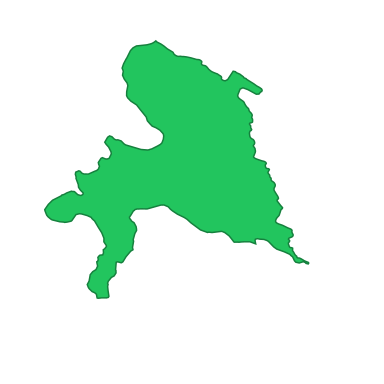 Pueblo Nuevo Viñas, Santa Rosa, Guatemala (Equal Earth projection), rotated 109°
{"feature_id": "79465075B34201935898883", "entity_name": "Pueblo Nuevo Viñas", "entity_type": "district", "adm_level": 2, "iso_a3": "GTM", "parent_name": "Guatemala", "parent_adm1": "Santa Rosa", "projection": "equal_earth", "projection_center": [-90.498, 14.233], "detail": "fine", "context": "isolated", "style": "filled", "palette": "green", "viewbox_px": 384, "rotation_deg": 109, "n_neighbors": 0, "source": "geoboundaries", "source_scale": "gbopen_adm2", "svg_char_len": 6000}
<svg xmlns="http://www.w3.org/2000/svg" viewBox="0 0 384 384"><g transform="rotate(109 192 192)"><path d="M161.8,115.6L159.3,115.3L158.2,115.6L157.5,116.1L156.9,116.8L156.5,117.3L156.1,118.2L155.4,120.6L154.9,121.1L153.5,121.6L153.0,122.0L152.5,123.1L151.7,123.7L151.2,123.8L150.7,124.1L150.3,124.9L149.3,126.2L148.6,126.6L147.7,126.5L146.4,126.2L145.5,126.2L145.1,126.9L145.1,127.7L145.3,128.3L145.4,129.1L145.1,129.9L144.4,130.6L143.4,131.2L142.8,131.4L142.1,131.5L141.3,131.1L140.7,131.1L140.0,131.8L139.6,133.1L139.6,134.3L139.8,136.2L139.8,141.8L139.6,143.6L139.2,144.8L138.8,145.2L138.2,145.3L134.0,145.1L133.4,145.2L132.7,145.3L132.0,145.7L131.2,146.2L130.5,146.5L129.7,147.4L128.8,148.7L128.2,149.1L127.4,149.0L127.0,148.8L126.0,148.6L125.3,148.7L124.5,149.0L123.4,149.9L122.7,150.8L122.4,151.5L122.2,152.8L121.9,153.8L121.2,154.8L120.6,155.4L117.7,156.9L116.6,157.0L115.7,157.0L115.1,156.6L114.6,156.1L113.6,155.9L113.1,156.3L112.7,156.9L111.9,157.5L110.3,158.1L109.3,159.6L108.5,159.9L108.0,159.7L106.9,158.1L106.3,157.6L105.5,157.7L104.0,158.2L103.3,158.6L102.8,159.2L102.1,159.8L100.0,160.0L99.4,160.3L98.7,161.0L98.2,161.6L97.2,163.6L96.6,164.4L96.1,164.8L95.2,165.3L94.6,166.0L93.7,168.0L92.7,169.4L91.7,170.6L90.5,171.7L90.0,172.3L89.6,173.1L89.4,173.8L88.5,176.9L87.9,178.4L87.0,179.5L86.6,179.9L86.2,180.1L84.7,180.3L79.0,180.0L76.9,177.8L77.0,172.5L78.6,163.1L77.6,160.6L75.1,159.7L74.3,158.8L72.9,158.8L71.9,159.8L71.2,162.1L70.6,165.5L69.6,168.7L67.7,177.0L67.2,177.8L67.1,180.2L66.4,180.8L65.0,185.1L64.7,188.9L64.1,190.1L64.4,192.4L73.8,194.8L74.3,195.1L76.0,196.7L76.2,197.5L76.3,198.6L76.1,200.0L75.7,200.8L75.2,201.1L73.9,201.4L73.5,201.8L73.1,202.5L72.5,205.1L72.1,206.3L72.1,207.5L72.0,210.1L71.8,212.3L71.4,213.9L70.5,216.2L69.5,217.7L68.9,218.7L68.4,219.9L68.3,220.9L68.5,222.1L68.6,223.3L68.3,224.3L67.6,224.9L66.5,225.0L65.7,225.1L65.2,225.6L64.9,226.4L64.6,227.5L64.6,228.5L65.2,230.9L65.5,236.7L66.0,240.8L66.6,243.8L67.1,245.3L67.5,247.4L68.1,248.6L68.3,249.5L68.4,250.3L68.3,251.3L68.1,252.2L67.8,253.3L67.2,254.3L66.4,255.1L66.0,255.7L64.7,261.9L63.2,265.9L62.4,268.8L62.2,269.6L61.8,272.6L61.5,274.3L60.9,275.4L62.5,276.4L63.8,277.5L64.7,278.4L65.6,279.6L67.5,282.5L72.0,292.1L74.9,294.7L78.3,296.2L86.7,297.3L87.7,297.6L93.0,298.4L97.6,298.4L100.1,296.3L104.2,295.7L107.4,292.7L110.0,288.9L112.3,287.3L118.5,286.4L122.2,285.2L123.9,283.5L126.0,279.4L127.7,272.7L130.4,268.6L136.0,259.7L139.2,257.4L141.2,254.0L142.7,251.1L143.0,246.8L144.0,242.4L146.3,238.2L148.2,237.0L151.5,236.3L155.3,236.4L157.3,237.4L159.8,239.6L164.5,244.2L165.5,245.8L166.0,246.2L166.8,247.8L168.4,254.1L169.1,270.2L168.6,272.0L166.8,275.6L166.8,279.1L167.4,280.3L167.4,282.4L165.8,285.7L165.8,288.2L167.7,289.6L173.3,290.7L174.8,288.8L176.7,285.4L180.3,281.7L182.3,280.7L187.1,281.3L188.5,283.0L188.9,284.7L188.7,287.9L189.8,289.0L194.6,290.2L196.5,289.1L197.1,288.4L197.7,287.9L200.9,288.0L202.8,289.2L204.1,290.8L208.8,295.8L210.2,300.2L210.0,302.4L208.8,304.4L208.8,305.9L211.1,308.4L213.2,308.1L215.6,306.4L216.9,306.1L221.9,302.0L224.5,300.8L226.6,298.1L228.2,294.8L228.7,294.4L229.7,294.4L230.6,295.0L231.2,295.5L231.6,296.4L231.7,299.2L230.0,303.0L229.9,303.7L230.4,305.0L230.5,306.3L233.7,310.2L235.9,312.1L237.4,314.2L238.2,314.4L245.2,321.2L250.5,323.8L256.6,325.5L257.6,324.9L260.1,322.8L261.2,321.8L262.3,320.1L263.2,317.8L263.7,316.3L263.9,315.2L263.2,307.3L262.2,303.4L262.2,302.5L261.0,300.1L259.0,296.9L258.5,296.5L257.9,296.2L251.1,294.3L249.2,291.4L248.7,289.3L248.4,283.3L248.8,279.0L249.6,278.1L250.5,276.2L251.0,274.8L255.7,269.3L259.9,264.1L264.4,260.2L267.8,259.1L270.5,255.6L271.5,255.2L274.1,256.1L275.5,257.1L278.3,255.9L280.5,255.9L281.7,258.5L282.9,259.2L284.5,259.7L286.3,258.7L287.9,258.6L289.0,259.3L290.2,258.7L292.8,257.1L296.6,257.5L299.6,259.9L303.3,261.3L309.7,260.3L313.6,260.9L315.9,259.0L316.9,257.8L318.7,254.0L318.9,251.3L319.8,249.1L323.1,247.2L323.0,246.2L322.2,244.4L321.6,243.2L320.9,241.2L320.0,238.5L318.9,236.8L317.7,236.6L312.5,239.3L308.8,241.0L306.6,241.3L305.8,242.1L303.6,242.1L299.0,240.4L296.7,238.3L293.3,237.5L290.9,238.4L290.6,238.9L283.1,240.8L282.2,239.5L282.0,236.2L281.8,235.6L280.5,234.6L274.6,233.3L267.9,230.7L265.8,229.0L263.8,230.2L257.6,231.2L256.2,232.1L249.9,232.5L246.4,231.9L244.9,232.5L242.9,233.6L239.9,236.8L239.1,239.8L238.4,240.5L237.2,242.4L236.1,243.0L234.4,242.4L228.8,241.2L228.3,240.6L227.3,240.3L225.9,238.4L225.6,237.3L224.6,235.0L224.2,233.8L222.6,228.9L214.5,217.2L213.4,214.2L213.7,209.6L215.3,206.8L216.2,204.3L217.7,198.6L218.6,191.1L219.4,187.8L221.5,183.0L225.1,171.6L225.2,164.1L224.5,163.1L223.8,159.9L219.6,151.3L219.5,150.3L219.7,147.7L221.4,142.6L224.8,137.2L225.5,136.4L225.6,135.5L224.5,132.5L224.2,131.3L223.0,128.7L222.2,126.7L220.2,120.9L220.3,114.9L217.4,116.6L216.0,116.7L214.8,114.9L214.5,112.5L213.4,108.5L213.5,104.8L214.2,102.9L217.3,96.9L218.4,93.3L218.5,85.4L219.1,79.1L219.8,78.0L220.6,75.7L223.7,72.7L224.6,71.0L224.2,67.5L221.7,64.1L221.8,62.0L222.4,60.9L222.2,58.7L221.2,58.5L220.7,59.0L220.6,61.1L220.5,62.7L220.4,63.8L220.1,64.8L219.6,67.4L219.5,68.3L219.5,69.0L219.8,70.1L219.9,70.9L219.5,71.6L218.7,72.0L218.1,73.6L217.5,74.5L215.9,76.2L215.1,77.3L214.6,77.9L213.5,78.2L213.0,78.3L212.3,78.6L212.2,79.6L212.5,80.7L212.4,81.6L211.9,82.2L210.2,83.6L209.6,84.0L208.8,84.3L208.2,84.2L207.6,83.8L206.8,83.7L206.1,83.9L205.2,85.5L204.3,85.4L203.7,84.9L202.7,83.7L201.7,82.7L200.9,82.3L200.0,82.3L199.3,82.6L198.2,83.8L197.5,84.4L197.1,84.6L196.2,84.8L195.6,85.0L195.3,85.5L194.9,86.4L194.7,90.0L194.2,93.9L194.0,95.6L194.0,99.9L193.8,101.0L193.7,101.9L193.4,102.5L192.9,103.2L192.4,103.4L191.8,103.6L191.0,103.7L190.3,103.6L189.6,103.5L188.5,103.2L186.7,102.4L186.0,102.1L185.2,102.0L180.0,102.1L179.3,101.9L178.7,101.4L178.1,101.2L177.3,101.3L175.9,103.8L172.8,108.5L172.1,108.9L171.3,108.8L170.8,108.4L170.3,108.2L169.8,108.2L168.9,108.8L168.0,109.7L166.1,112.1L164.0,114.6L163.6,115.0L162.6,115.4L161.8,115.6Z" fill="#22c55e" stroke="#15803d" stroke-width="1.5"/></g></svg>